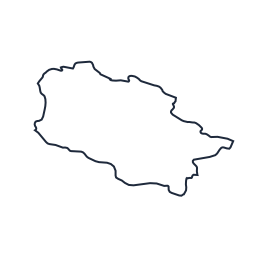 an SVG outline of Alytaus, rotated 26°
{"feature_id": "LTU-1067", "entity_name": "Alytaus", "entity_type": "County", "adm_level": 1, "iso_a3": "LTU", "parent_name": "Lithuania", "parent_adm1": "", "projection": "equal_earth", "projection_center": [24.158, 54.224], "detail": "fine", "context": "isolated", "style": "outline", "palette": "slate", "viewbox_px": 256, "rotation_deg": 26, "n_neighbors": 0, "source": "natural_earth", "source_scale": "10m", "svg_char_len": 2633}
<svg xmlns="http://www.w3.org/2000/svg" viewBox="0 0 256 256"><g transform="rotate(26 128 128)"><path d="M211.0,139.8L207.4,141.3L206.9,142.3L206.9,143.4L207.1,144.4L207.0,145.0L204.8,146.1L203.7,147.1L202.9,147.1L202.7,147.6L203.3,149.9L204.7,153.2L206.4,155.8L207.5,158.6L207.3,162.8L207.2,162.8L205.7,165.4L203.6,166.2L195.7,167.2L193.5,167.1L191.7,165.8L190.1,162.8L189.6,162.6L189.2,162.5L188.7,162.6L185.9,164.2L178.1,165.3L172.0,167.9L158.1,177.1L153.7,178.8L149.3,178.7L145.5,177.9L141.4,178.0L139.0,177.7L137.7,176.2L135.6,171.9L132.2,168.8L128.4,167.9L124.4,168.4L116.9,171.4L113.3,172.1L105.5,172.2L103.5,171.8L100.0,170.1L98.1,169.6L96.2,169.8L87.0,173.7L86.0,173.9L85.0,173.6L82.8,172.7L82.0,172.6L80.1,173.1L78.0,174.2L70.4,175.0L64.4,176.9L62.5,177.1L60.4,176.5L49.5,171.6L45.4,170.8L45.9,170.0L45.9,169.1L45.6,168.4L44.9,167.7L43.6,166.9L42.6,165.8L42.1,164.4L42.2,162.8L42.8,162.1L43.4,161.5L44.9,160.6L46.7,158.3L46.7,154.9L45.0,147.9L44.1,144.6L42.8,141.3L41.1,138.3L39.1,136.1L38.0,135.6L35.4,135.1L34.1,134.5L33.0,133.3L30.8,130.2L29.7,128.9L27.4,127.5L27.8,124.7L29.0,119.9L28.9,118.9L28.6,117.9L28.6,116.9L28.9,115.8L29.8,114.2L30.2,112.9L31.6,110.3L33.7,108.3L35.5,107.3L38.4,106.5L42.3,106.0L43.3,105.5L43.5,104.7L43.2,104.3L41.7,103.6L41.1,103.0L42.1,102.0L43.2,101.2L52.4,98.7L52.5,97.6L52.5,97.1L52.3,95.5L52.2,94.3L52.5,93.0L53.4,91.9L54.4,91.1L64.5,85.2L65.7,85.0L67.0,85.2L69.0,86.7L70.0,88.0L72.2,89.6L78.5,90.9L79.7,91.8L91.0,91.5L91.3,91.9L91.0,92.4L91.6,92.5L93.2,92.1L96.5,90.7L100.6,88.3L107.6,86.3L108.1,86.1L108.3,85.7L108.3,85.3L108.2,84.8L107.9,84.5L107.0,83.8L106.7,83.6L106.5,83.2L106.3,82.7L106.1,82.2L106.2,81.6L106.4,81.1L106.7,80.7L107.1,80.3L107.9,79.8L108.8,79.4L111.5,78.7L113.9,78.8L116.3,79.2L117.4,79.7L118.5,80.0L119.5,80.1L132.8,78.2L135.3,77.5L137.6,77.2L139.5,77.5L142.0,78.7L143.1,79.8L145.3,80.5L147.0,80.8L157.8,79.8L159.0,83.2L158.7,84.1L158.6,85.5L158.0,86.0L157.7,86.5L157.8,86.8L159.9,88.5L160.4,89.6L159.9,91.8L159.4,93.1L159.4,94.3L159.9,95.3L162.3,96.4L173.0,97.5L175.0,97.4L179.0,96.5L180.5,95.7L183.4,94.8L185.5,93.9L187.2,93.8L190.5,94.3L194.1,95.5L194.8,96.0L195.2,96.9L195.0,97.8L194.6,98.8L194.8,99.7L195.7,100.4L197.0,100.5L198.0,100.2L199.9,99.3L201.4,99.1L203.8,99.4L205.4,99.8L206.7,99.7L212.3,96.7L222.2,94.0L228.3,93.7L228.6,100.5L228.4,101.2L228.1,102.2L225.8,103.0L222.6,103.5L221.4,104.0L220.9,104.5L220.5,105.1L219.9,107.2L219.3,111.8L218.4,114.1L214.1,118.2L201.1,127.6L200.7,129.1L201.3,130.3L202.5,131.1L205.4,132.1L206.6,132.6L207.4,133.4L207.9,134.4L208.8,136.6L210.9,139.7L211.0,139.8Z" fill="none" stroke="#1e293b" stroke-width="2"/></g></svg>